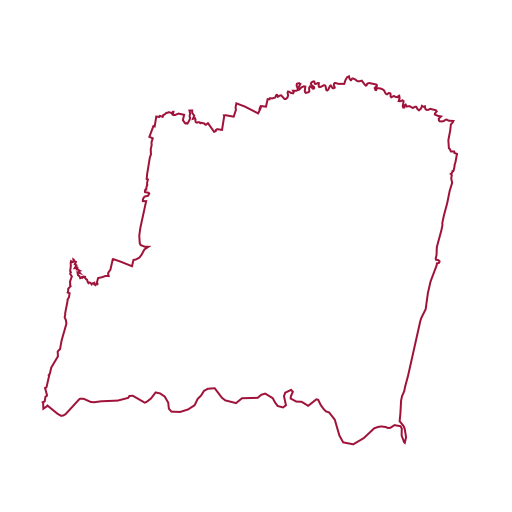 Kota Tangerang Selatan, Banten, Indonesia, rotated 281°
{"feature_id": "22746128B62533997811788", "entity_name": "Kota Tangerang Selatan", "entity_type": "district", "adm_level": 2, "iso_a3": "IDN", "parent_name": "Indonesia", "parent_adm1": "Banten", "projection": "mercator", "projection_center": [106.733, -6.296], "detail": "fine", "context": "isolated", "style": "outline", "palette": "rose", "viewbox_px": 512, "rotation_deg": 281, "n_neighbors": 0, "source": "geoboundaries", "source_scale": "gbopen_adm2", "svg_char_len": 6037}
<svg xmlns="http://www.w3.org/2000/svg" viewBox="0 0 512 512"><g transform="rotate(281 256 256)"><path d="M287.6,432.9L291.7,433.0L299.2,431.8L317.0,433.1L322.1,433.1L323.9,432.6L331.4,432.7L344.2,433.6L357.1,433.7L365.2,434.6L369.6,432.8L372.7,432.8L373.7,431.5L375.1,432.6L376.9,432.7L377.0,433.5L378.0,433.7L382.3,433.8L383.0,433.5L386.5,433.9L394.6,433.8L395.0,431.1L396.4,430.6L395.8,427.4L398.2,425.6L398.5,424.9L399.6,424.5L406.5,422.7L416.0,422.7L422.4,422.2L424.4,423.5L426.2,424.0L425.6,419.3L426.3,417.1L425.8,416.0L424.1,414.3L423.5,412.5L423.3,410.7L423.9,409.8L425.7,409.2L428.3,411.0L428.3,407.6L429.0,404.6L430.1,404.5L432.5,405.8L433.4,404.7L433.7,398.9L432.3,397.2L432.0,395.5L432.8,394.1L435.2,393.2L434.4,391.9L435.1,390.3L432.1,389.8L430.1,388.2L431.0,386.5L433.0,384.9L432.8,383.5L431.2,381.7L432.4,378.0L431.5,375.4L433.2,374.0L432.4,373.2L430.1,373.3L429.8,372.2L430.9,371.5L436.2,371.3L436.8,370.1L435.4,368.0L435.3,366.5L438.3,366.9L440.7,366.0L440.4,365.4L438.9,365.0L438.8,362.4L439.4,360.8L437.6,358.5L438.5,357.6L440.7,357.2L441.3,356.7L441.3,355.1L439.7,353.9L439.8,353.0L440.6,351.9L442.9,350.2L443.8,348.4L444.2,346.0L443.9,342.9L443.6,342.5L441.8,342.3L441.7,341.7L442.7,340.8L443.7,340.5L446.0,342.2L446.8,342.1L447.3,341.3L447.4,334.1L446.4,332.3L444.8,332.0L444.2,331.4L444.9,330.1L448.3,326.4L447.1,323.8L447.0,322.0L448.2,319.9L448.8,317.2L448.5,316.5L446.7,315.8L446.6,315.5L447.8,314.0L450.1,313.0L448.8,311.3L445.6,310.2L441.8,309.8L440.7,304.2L441.0,300.5L440.4,299.9L439.3,299.7L437.9,300.0L436.7,301.1L436.1,301.1L435.4,300.0L435.4,299.1L437.7,296.8L437.0,296.1L433.3,295.3L432.1,294.4L432.3,293.4L436.1,291.8L436.7,290.9L436.6,290.1L434.4,287.4L433.9,285.9L434.3,285.4L435.6,284.9L437.7,284.7L437.7,283.9L436.3,281.9L436.3,280.9L438.4,279.9L438.4,279.1L437.0,277.3L435.4,277.0L434.4,277.8L433.0,280.7L431.8,281.1L431.2,280.6L431.1,280.0L432.6,277.7L432.7,276.5L431.2,276.1L427.7,276.9L426.8,276.3L425.6,273.7L425.9,273.2L427.2,272.4L431.7,272.1L431.7,270.6L430.1,268.3L427.5,266.7L427.4,266.3L429.5,265.6L433.4,266.7L433.9,265.6L433.4,264.1L432.8,263.3L431.2,263.3L427.7,265.3L426.8,265.4L425.8,263.8L425.3,260.8L424.0,261.8L422.7,261.3L422.7,259.1L423.6,257.2L423.5,256.0L422.0,255.9L419.9,256.9L417.6,256.6L416.2,255.7L415.6,254.8L415.6,254.0L418.5,250.0L418.2,249.0L416.5,247.1L418.1,246.1L418.2,245.6L417.5,245.0L416.0,244.9L415.2,244.5L413.9,242.2L413.4,239.4L412.4,239.4L412.2,237.5L404.5,237.3L404.1,232.1L402.5,232.3L402.5,231.6L400.9,231.4L400.6,232.0L396.4,230.9L400.6,216.4L402.1,207.6L397.9,207.6L395.6,208.4L388.5,207.5L388.4,199.5L387.9,197.7L387.2,198.1L373.3,198.6L373.1,193.7L372.1,192.6L371.0,192.7L369.9,191.2L377.2,183.5L375.2,181.6L375.5,180.7L376.2,180.0L376.3,176.3L375.8,176.0L376.5,174.5L375.6,172.3L375.9,171.4L377.0,170.7L378.4,170.6L379.6,169.8L378.6,167.9L381.9,168.6L384.3,166.1L386.7,165.6L386.1,162.9L383.4,164.1L380.6,164.1L378.9,165.0L376.6,164.7L372.9,163.5L373.1,162.2L372.6,161.8L372.8,161.0L375.4,158.3L380.9,158.5L381.0,152.7L379.0,149.7L378.6,148.1L379.0,147.5L381.8,147.4L381.6,146.8L379.7,146.4L380.3,145.9L380.5,142.8L379.8,142.0L379.4,140.7L377.6,139.4L376.6,138.0L374.8,137.8L375.2,134.9L374.0,134.4L373.9,131.5L363.8,131.8L364.0,130.5L352.6,128.6L351.8,132.2L347.6,131.7L345.2,132.4L340.8,132.3L335.6,133.5L332.6,133.0L315.7,133.5L310.7,134.0L310.5,135.3L307.8,135.1L305.3,135.4L305.0,135.7L302.9,135.3L300.3,135.6L300.2,134.8L298.7,134.5L297.5,134.9L297.6,138.3L297.0,139.3L294.6,138.6L293.1,135.4L291.9,134.6L289.8,134.2L288.3,134.5L288.9,137.7L261.9,137.1L253.8,137.5L246.5,139.4L244.7,140.7L243.9,145.1L244.5,148.6L241.1,145.2L235.3,143.4L232.0,141.7L229.5,138.5L228.8,136.5L222.3,136.2L224.5,124.9L225.7,116.6L225.1,116.6L225.2,116.0L214.8,115.7L211.7,114.3L210.6,114.1L208.2,115.2L207.7,112.1L205.8,108.9L204.2,105.2L199.6,104.9L198.4,105.8L198.0,105.7L198.0,104.5L196.8,104.0L197.4,102.5L198.8,102.3L197.7,100.4L196.8,100.1L197.8,98.9L198.3,97.7L198.1,97.2L197.4,96.7L198.3,95.8L200.5,94.7L201.1,93.2L202.1,92.3L202.8,92.2L202.2,90.6L202.9,90.5L202.7,90.0L202.3,89.3L201.3,89.3L201.4,88.6L200.7,87.7L202.5,86.6L203.2,85.0L205.8,83.9L205.6,86.5L206.6,85.1L207.4,85.0L207.9,85.9L208.8,83.3L208.7,82.9L210.2,83.1L210.6,82.7L209.6,81.5L209.4,80.3L212.6,81.5L213.4,79.6L215.1,80.3L215.9,80.3L216.2,78.5L217.6,77.9L217.8,77.4L216.0,78.0L215.2,77.5L214.9,76.9L215.6,75.4L214.5,75.3L210.3,76.2L205.8,76.4L204.7,77.4L204.0,77.0L203.0,77.0L200.8,79.1L195.0,78.3L193.3,79.0L192.3,78.9L191.1,79.8L188.0,77.9L186.0,78.3L184.2,78.1L183.9,80.1L179.9,80.3L177.1,79.3L176.2,79.6L163.2,79.6L162.2,79.9L159.2,79.9L156.8,81.6L153.5,82.8L136.1,81.3L127.1,81.4L125.8,80.3L124.2,79.6L119.7,80.7L107.4,76.3L101.2,76.1L99.6,75.3L99.4,75.8L87.7,75.4L87.0,75.3L86.2,74.1L79.5,77.4L78.9,77.4L77.7,76.2L72.9,76.3L71.8,74.5L71.0,75.1L65.5,76.4L68.6,79.4L69.4,79.8L63.3,91.2L61.9,95.2L62.8,97.5L64.5,99.3L81.9,110.0L82.5,111.1L82.9,114.3L81.2,121.5L81.5,124.8L83.8,131.6L87.7,147.9L92.4,157.7L94.4,158.4L95.3,161.7L90.8,174.8L91.8,176.3L95.9,180.0L102.9,183.5L102.8,188.0L100.6,193.2L95.3,197.8L89.5,199.6L87.1,202.7L88.4,211.2L92.4,218.6L97.8,224.2L104.6,226.0L108.5,228.7L113.7,230.7L116.5,234.1L118.3,240.7L110.4,249.5L108.4,253.4L107.8,264.5L113.7,269.4L117.1,284.7L120.8,287.7L122.7,291.3L119.6,299.6L115.8,302.7L112.9,305.9L112.5,311.4L115.2,313.9L123.7,310.2L127.4,310.8L131.3,316.0L129.7,318.1L125.0,317.0L122.7,317.2L120.8,323.3L121.6,328.6L118.9,335.8L126.8,342.6L126.7,344.5L122.0,348.0L118.6,351.7L116.8,354.4L116.4,357.6L110.3,364.6L95.7,372.1L89.7,377.1L89.7,387.4L97.9,396.6L109.4,404.9L111.6,408.6L112.6,411.6L112.9,416.1L112.3,418.3L113.0,420.7L116.4,424.2L116.5,430.4L114.5,432.0L107.6,433.2L101.5,436.9L101.0,437.7L106.7,437.9L114.8,434.9L117.4,433.2L121.2,428.5L128.8,427.8L141.9,426.0L146.3,426.1L151.7,427.3L156.3,427.3L167.3,428.1L223.4,429.7L226.5,430.0L236.1,432.7L252.5,431.8L264.3,432.2L281.2,435.1L283.3,435.0L284.0,436.8L285.5,437.3L286.1,437.0L286.8,435.3L286.6,433.5L287.6,432.9Z" fill="none" stroke="#9f1239" stroke-width="2"/></g></svg>